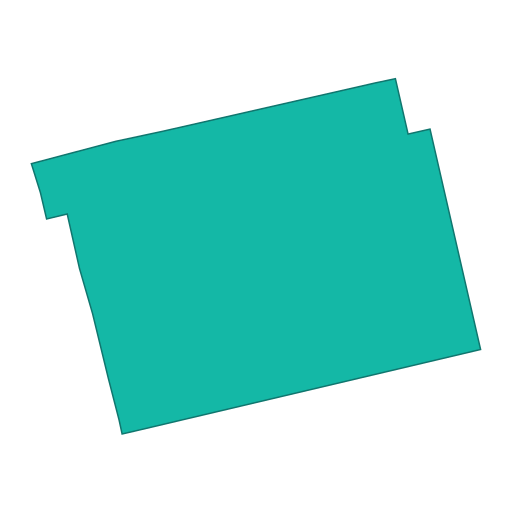 outline of Box Butte, Nebraska, United States of America, rotated 167°
{"feature_id": "52423323B65677119819091", "entity_name": "Box Butte", "entity_type": "district", "adm_level": 2, "iso_a3": "USA", "parent_name": "United States of America", "parent_adm1": "Nebraska", "projection": "robinson", "projection_center": [-102.94, 42.22], "detail": "fine", "context": "isolated", "style": "filled", "palette": "teal", "viewbox_px": 512, "rotation_deg": 167, "n_neighbors": 0, "source": "geoboundaries", "source_scale": "gbopen_adm2", "svg_char_len": 383}
<svg xmlns="http://www.w3.org/2000/svg" viewBox="0 0 512 512"><g transform="rotate(167 256 256)"><path d="M454.1,396.5L451.8,366.2L451.7,339.2L430.5,339.4L430.8,283.8L428.2,236.6L427.4,170.0L426.3,127.0L426.5,112.7L413.8,112.7L58.2,114.4L57.9,340.5L80.4,340.6L80.3,397.4L100.6,397.8L319.0,398.5L366.8,399.3L454.1,396.5Z" fill="#14b8a6" stroke="#0f766e" stroke-width="1.5"/></g></svg>